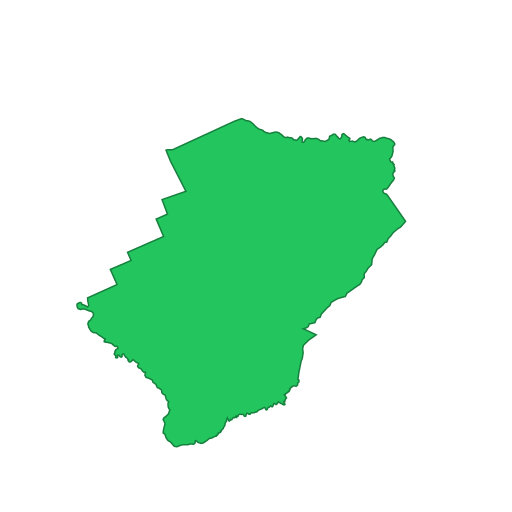 La Cocha, Tucumán, Argentina, rotated 235°
{"feature_id": "61730980B81092064808968", "entity_name": "La Cocha", "entity_type": "district", "adm_level": 2, "iso_a3": "ARG", "parent_name": "Argentina", "parent_adm1": "Tucumán", "projection": "orthographic", "projection_center": [-65.63, -27.811], "detail": "fine", "context": "isolated", "style": "filled", "palette": "green", "viewbox_px": 512, "rotation_deg": 235, "n_neighbors": 0, "source": "geoboundaries", "source_scale": "gbopen_adm2", "svg_char_len": 6023}
<svg xmlns="http://www.w3.org/2000/svg" viewBox="0 0 512 512"><g transform="rotate(235 256 256)"><path d="M300.8,88.8L299.9,87.8L299.3,85.5L298.4,83.6L298.3,83.0L298.5,81.5L297.1,79.6L296.5,79.1L295.3,78.9L293.7,78.1L289.5,77.8L287.4,78.4L286.3,79.1L285.0,80.7L284.1,81.2L281.2,82.0L277.9,83.5L275.9,84.0L274.6,85.0L273.9,84.5L273.9,83.5L273.6,83.0L272.7,82.5L271.5,83.5L270.4,84.9L269.0,85.9L268.0,87.0L266.4,87.8L265.1,87.9L264.9,88.3L264.0,88.3L262.9,88.6L262.5,89.0L262.2,90.0L261.3,90.4L260.3,90.4L259.5,89.9L259.7,87.6L258.9,85.9L258.0,85.2L257.0,83.6L256.5,83.5L255.0,83.9L254.5,83.8L253.5,82.9L252.9,82.9L252.2,83.8L252.2,84.4L253.7,85.2L254.0,86.0L253.4,86.7L251.5,86.9L250.3,87.8L250.5,88.7L252.0,89.7L252.1,90.5L251.8,91.3L251.3,91.6L250.5,91.3L248.0,91.2L246.7,91.8L245.8,92.0L244.6,91.7L244.3,91.9L243.9,91.3L242.1,91.4L241.6,91.7L241.2,92.5L241.4,94.9L241.7,95.2L241.6,95.9L237.5,96.9L235.6,98.2L234.8,98.0L234.4,96.8L233.7,95.8L232.3,95.6L231.6,95.8L230.2,96.8L228.7,97.2L227.2,97.0L225.3,97.4L224.1,98.8L223.1,97.6L222.0,96.6L219.7,96.3L217.3,98.1L213.8,99.9L211.7,99.2L208.3,100.4L204.9,99.7L203.3,100.7L201.2,101.5L200.0,101.6L198.1,100.5L197.0,100.5L195.6,100.9L194.5,101.7L194.0,101.7L190.0,100.3L188.8,100.3L186.7,100.9L186.1,99.8L185.3,99.0L182.7,97.5L180.5,97.1L179.2,97.2L178.2,95.4L177.3,94.4L176.8,93.5L176.2,89.5L176.4,88.1L175.3,86.1L171.7,85.6L170.7,85.1L166.5,80.3L164.2,78.4L163.7,78.5L163.0,79.2L162.5,79.2L158.7,78.1L156.1,78.0L154.9,78.2L152.6,79.3L147.0,79.9L145.1,81.8L144.0,86.5L142.9,88.5L140.5,91.9L139.6,94.6L137.6,96.9L137.7,98.7L139.5,100.4L139.5,100.7L139.0,101.0L136.7,101.5L134.2,103.4L133.6,104.3L133.1,105.8L133.0,109.7L133.3,113.5L132.3,115.1L131.9,118.6L131.2,120.1L131.8,121.0L131.4,121.4L132.0,123.1L132.6,123.5L132.2,124.0L132.3,124.4L131.9,125.7L132.1,126.1L132.9,126.5L132.5,127.0L133.3,128.4L133.4,130.2L134.2,131.0L134.7,132.6L135.6,133.8L137.1,135.3L137.5,137.1L138.7,137.9L139.9,139.7L136.5,139.2L136.1,139.4L136.6,141.2L136.1,141.2L136.2,141.9L135.8,142.3L136.6,144.2L136.6,144.8L136.0,145.3L136.1,145.7L135.8,146.4L136.0,146.8L135.2,147.0L134.9,147.4L136.2,148.2L135.6,148.6L135.5,149.2L135.0,149.2L135.0,149.4L135.9,150.6L135.9,151.5L133.7,154.5L133.2,154.7L131.5,154.6L130.9,155.0L130.7,155.9L132.0,157.2L132.4,158.3L131.7,158.9L130.7,159.2L129.8,160.2L129.8,160.6L130.2,160.9L130.3,161.4L130.1,162.2L128.6,164.8L128.6,165.7L127.8,167.2L128.3,169.6L127.4,173.4L127.4,174.8L127.1,176.1L125.8,176.3L124.7,175.9L124.0,176.2L123.8,176.7L123.9,177.3L124.7,178.3L124.9,179.1L124.5,180.3L124.8,182.0L124.5,182.3L123.6,182.4L123.1,183.0L123.5,184.1L124.4,185.0L124.9,186.2L122.8,187.2L122.8,188.5L123.5,189.6L123.4,190.1L123.6,190.7L122.9,190.8L121.7,191.6L120.9,191.8L119.7,192.7L119.3,192.7L118.8,192.9L118.0,193.5L117.7,194.3L117.9,194.7L119.8,194.7L120.5,195.0L120.7,195.7L120.2,196.2L121.2,196.8L122.0,198.5L122.2,199.6L123.3,199.8L123.9,199.5L126.2,199.6L126.2,200.0L125.6,200.4L126.1,201.2L126.0,201.5L126.2,201.9L126.2,203.1L125.9,203.4L126.1,204.2L126.4,204.4L126.1,205.0L126.2,205.8L126.9,206.1L127.0,207.3L127.9,207.4L128.0,208.5L128.5,209.5L128.0,209.9L128.3,211.0L128.0,212.5L127.6,213.1L126.3,214.1L126.4,216.0L127.9,217.1L128.1,218.8L129.6,220.0L130.8,219.5L136.2,224.5L144.0,232.7L145.6,235.2L149.7,239.1L153.4,241.1L155.7,243.7L156.9,251.3L156.9,260.1L169.3,253.0L168.2,256.4L168.3,258.5L169.8,260.5L167.6,266.0L169.4,268.7L169.9,271.0L169.0,273.3L170.9,276.1L172.8,284.7L173.0,288.0L174.9,290.9L174.6,295.0L174.1,299.0L171.6,306.0L173.3,309.0L173.4,321.0L173.2,324.8L174.3,327.6L175.7,329.4L176.2,332.3L179.4,334.4L180.3,337.6L181.8,341.0L182.6,345.8L187.2,349.7L188.7,353.2L192.0,359.0L191.9,362.9L192.4,367.0L193.3,369.0L192.4,371.1L194.5,374.4L195.3,378.5L196.4,381.4L197.0,387.1L196.8,391.1L198.6,398.4L230.9,398.5L232.0,398.3L233.5,397.1L234.7,396.8L236.5,397.0L237.2,398.2L237.3,398.8L236.8,400.2L236.0,401.1L236.0,402.2L237.3,406.0L237.9,407.3L239.4,412.4L240.6,414.1L242.8,414.2L244.5,415.0L245.6,416.3L245.7,418.1L246.2,418.7L247.1,418.4L247.4,419.2L248.4,420.2L251.0,420.7L251.7,421.7L252.9,421.3L253.2,421.0L254.3,421.9L254.7,421.8L254.9,421.2L255.5,420.4L258.6,420.9L258.9,421.1L259.4,423.6L260.3,425.2L263.1,428.3L266.8,430.6L267.5,432.3L267.6,433.4L268.3,434.0L270.4,434.2L274.1,433.2L276.0,432.0L277.9,430.2L278.7,429.9L279.4,429.2L280.5,427.7L281.0,425.7L281.5,424.9L281.7,419.6L282.3,418.2L283.3,417.3L285.1,417.3L286.2,416.7L286.6,414.6L287.4,414.2L287.9,413.2L290.5,413.4L291.9,412.7L293.0,408.5L292.3,403.9L292.7,403.3L292.8,402.1L294.7,401.1L294.9,400.3L296.2,398.9L296.2,398.4L297.1,398.3L297.6,398.5L298.0,399.9L298.4,400.3L298.8,400.3L301.1,399.3L305.8,398.1L306.2,397.7L306.2,396.0L304.8,395.0L304.3,394.2L303.7,392.4L303.8,391.9L305.0,391.2L306.4,391.3L307.6,390.9L309.9,390.8L310.4,390.6L311.5,389.1L311.3,387.6L311.7,386.2L311.8,384.9L309.8,382.9L309.9,379.9L310.5,377.8L312.3,376.4L313.4,374.9L315.7,374.2L317.9,372.7L319.0,370.6L320.5,368.5L321.1,367.7L322.4,367.0L322.9,366.3L323.3,365.2L322.9,363.0L322.3,362.0L321.9,360.7L321.9,360.2L322.2,359.6L323.2,359.2L324.5,360.7L325.9,361.5L328.0,361.3L328.5,360.8L327.5,356.7L327.5,355.6L327.8,355.2L328.4,354.9L329.4,353.6L329.9,353.4L331.1,353.5L332.6,352.7L333.9,351.1L335.2,350.1L336.1,348.1L337.1,347.3L341.4,346.4L341.9,346.0L343.7,345.5L345.6,344.1L346.7,342.4L348.5,337.4L350.1,336.3L350.5,335.6L353.6,333.8L354.5,333.8L355.4,333.5L358.4,331.1L362.3,329.9L365.5,329.5L369.4,328.4L371.5,326.9L372.1,325.8L375.6,323.9L376.8,323.0L378.7,316.0L390.9,248.6L393.7,244.6L394.3,243.0L382.5,240.3L349.2,235.7L356.1,211.4L341.1,207.5L343.5,195.4L325.0,191.5L332.7,152.9L324.0,151.1L328.6,129.0L312.3,125.8L318.3,94.0L315.4,92.3L311.8,90.8L311.1,90.0L310.9,88.9L311.3,88.5L313.1,87.9L313.3,87.5L314.2,87.2L315.6,86.1L315.8,85.7L316.5,85.6L317.4,86.1L318.5,85.7L319.0,84.9L319.4,82.3L319.1,81.7L318.4,81.1L316.4,80.2L314.8,80.1L312.8,81.6L312.0,83.7L310.5,85.4L306.5,88.0L305.0,89.4L303.0,89.9L301.8,89.6L300.8,88.8Z" fill="#22c55e" stroke="#15803d" stroke-width="1.5"/></g></svg>